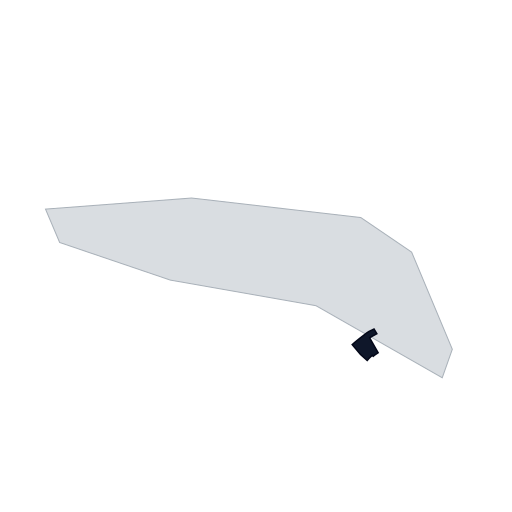 location of Alapi, Tuvalu, rotated 287°
{"feature_id": "33948139B89877279250405", "entity_name": "Alapi", "entity_type": "district", "adm_level": 2, "iso_a3": "TUV", "parent_name": "Tuvalu", "parent_adm1": "", "projection": "orthographic", "projection_center": [179.197, -8.522], "detail": "fine", "context": "in_parent", "style": "filled", "palette": "ink", "viewbox_px": 512, "rotation_deg": 287, "n_neighbors": 0, "source": "geoboundaries", "source_scale": "gbopen_adm2", "svg_char_len": 615}
<svg xmlns="http://www.w3.org/2000/svg" viewBox="0 0 512 512"><g transform="rotate(287 256 256)"><path d="M305.2,403.7L224.2,471.0L194.0,469.7L226.0,327.9L207.9,181.1L211.5,64.3L239.3,41.0L292.6,177.4L323.4,345.0L305.2,403.7Z" fill="#d9dde1" stroke="#a8b0b8" stroke-width="1"/><path d="M199.4,373.9L192.4,384.7L188.6,392.9L191.3,394.1L195.0,396.2L194.3,397.4L195.7,398.3L197.1,399.4L199.2,401.1L203.8,396.2L211.0,388.6L213.2,390.6L217.0,394.3L220.7,390.2L218.8,388.2L217.0,386.2L215.0,384.5L209.5,380.6L207.4,379.1L204.1,376.9L202.3,375.7L199.4,373.9Z" fill="#0f172a" stroke="#020617" stroke-width="1.5"/></g></svg>